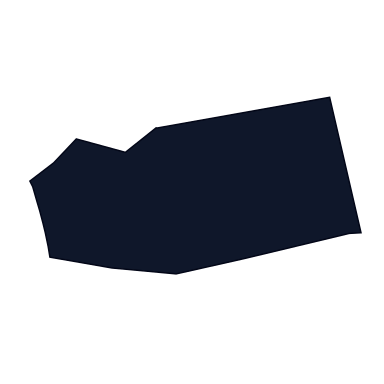 the district of El Arish 4, Shamal Sina', Egypt, rotated 257°
{"feature_id": "37247803B14702199074319", "entity_name": "El Arish 4", "entity_type": "district", "adm_level": 2, "iso_a3": "EGY", "parent_name": "Egypt", "parent_adm1": "Shamal Sina'", "projection": "albers", "projection_center": [33.619, 30.865], "detail": "fine", "context": "isolated", "style": "filled", "palette": "ink", "viewbox_px": 384, "rotation_deg": 257, "n_neighbors": 0, "source": "geoboundaries", "source_scale": "gbopen_adm2", "svg_char_len": 400}
<svg xmlns="http://www.w3.org/2000/svg" viewBox="0 0 384 384"><g transform="rotate(257 192 192)"><path d="M253.3,347.4L262.2,172.0L262.6,171.5L245.6,136.0L269.7,91.2L251.5,63.8L239.1,36.5L233.0,38.0L217.7,38.8L207.9,39.4L194.9,39.8L185.4,39.9L171.2,39.6L160.5,38.9L136.0,96.9L115.8,158.1L115.4,228.6L116.3,335.9L114.3,347.5L253.3,347.4Z" fill="#0f172a" stroke="#020617" stroke-width="1.5"/></g></svg>